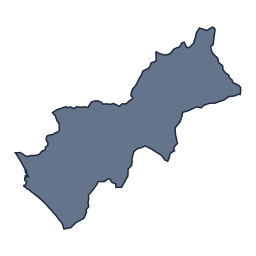 the district of Sanaga-Maritime, Littoral, Cameroon
{"feature_id": "32672807B95558278906476", "entity_name": "Sanaga-Maritime", "entity_type": "district", "adm_level": 2, "iso_a3": "CMR", "parent_name": "Cameroon", "parent_adm1": "Littoral", "projection": "albers", "projection_center": [10.208, 3.947], "detail": "fine", "context": "isolated", "style": "filled", "palette": "slate", "viewbox_px": 256, "rotation_deg": 0, "n_neighbors": 0, "source": "geoboundaries", "source_scale": "gbopen_adm2", "svg_char_len": 3070}
<svg xmlns="http://www.w3.org/2000/svg" viewBox="0 0 256 256"><path d="M240.6,91.7L240.6,87.3L238.4,85.1L234.4,83.4L232.7,82.2L232.2,80.2L230.4,78.5L229.3,77.4L228.7,75.3L225.5,72.8L223.0,69.8L222.7,65.8L220.9,64.4L218.6,62.5L217.9,58.7L216.7,57.1L214.5,55.3L211.7,51.6L210.8,47.8L210.9,46.3L213.1,44.6L214.3,35.1L215.1,30.0L214.4,28.1L212.2,27.1L206.8,30.5L203.6,29.3L199.3,28.0L196.2,33.3L195.6,36.7L193.5,43.5L188.9,47.7L186.3,47.2L185.3,44.4L184.1,42.1L181.7,43.1L179.4,47.1L177.3,47.7L176.7,47.8L173.9,49.1L170.3,53.6L165.1,55.2L159.2,53.5L158.6,53.2L156.2,51.8L155.9,52.8L156.1,56.6L156.1,61.0L151.0,63.0L150.5,65.0L148.7,68.1L143.0,71.0L141.2,75.4L139.2,78.4L138.8,79.1L138.1,80.9L135.4,86.0L133.9,87.5L132.6,88.8L131.4,92.6L131.0,95.7L132.8,97.8L131.8,99.5L130.0,100.3L126.1,103.8L121.9,103.9L119.4,106.3L117.9,105.6L113.2,103.4L111.0,104.3L106.2,103.9L102.7,104.0L100.9,101.9L97.3,100.8L94.6,101.0L91.3,102.1L88.8,105.9L88.4,107.2L87.3,107.5L85.5,106.8L80.7,107.2L76.7,106.7L74.4,108.2L73.3,108.3L70.7,107.0L69.0,107.4L67.6,107.7L66.0,106.7L60.5,108.5L58.9,109.0L57.2,109.6L55.6,110.5L54.4,111.3L52.5,112.5L53.8,114.5L55.4,115.6L55.8,117.4L56.3,118.8L56.9,120.7L58.1,122.0L59.2,124.5L59.2,127.4L59.4,130.1L58.2,131.7L56.7,132.4L54.9,133.1L53.3,134.3L48.7,135.2L46.8,136.3L46.1,138.4L46.6,141.0L47.4,142.0L48.0,143.5L47.9,144.8L47.2,145.8L46.5,146.5L45.5,147.2L45.4,148.8L44.9,149.9L44.0,150.5L42.4,150.7L41.0,152.1L39.4,154.2L36.7,155.3L30.5,155.6L28.0,156.5L25.3,155.9L22.4,153.9L20.4,152.6L15.4,152.8L16.0,153.6L18.3,157.4L21.7,163.0L25.1,169.3L25.6,172.7L25.9,173.0L26.0,172.2L26.0,171.8L25.9,170.6L26.2,170.3L26.4,170.9L26.4,173.3L27.4,175.2L26.6,175.3L26.7,176.0L28.3,176.1L28.7,176.4L28.6,176.8L27.1,176.7L26.4,176.5L25.7,177.3L25.5,175.5L25.4,175.5L24.9,178.2L24.7,179.6L24.9,180.5L25.8,180.8L26.3,181.4L26.6,182.1L26.1,182.6L25.9,184.0L24.6,186.0L24.3,185.3L24.1,185.2L23.8,185.7L23.8,186.2L24.0,186.5L24.8,186.9L25.0,186.7L26.3,188.1L27.3,188.9L28.1,189.0L32.3,192.5L34.3,193.9L36.1,195.6L36.8,196.1L37.3,196.0L39.1,198.0L40.7,199.2L40.8,199.3L46.0,204.2L48.9,207.7L51.4,210.2L53.4,212.7L53.6,212.9L56.1,215.6L57.9,218.0L58.6,219.3L60.0,220.6L62.1,223.4L63.2,226.2L63.6,228.3L63.9,228.9L64.9,228.8L70.8,227.7L75.7,222.9L76.1,222.5L83.9,218.3L86.5,212.2L86.1,209.6L88.7,206.8L88.1,202.6L88.7,198.6L88.4,195.3L93.2,189.5L95.9,185.8L96.6,184.8L98.1,181.6L104.4,181.6L108.6,178.6L110.2,179.6L111.6,182.2L115.7,184.0L116.0,187.5L121.7,187.2L127.9,176.0L128.1,169.1L131.6,165.5L132.1,161.7L131.9,158.8L132.6,156.2L133.8,151.8L135.0,150.7L137.4,148.6L141.0,147.8L145.2,145.9L145.7,146.2L151.0,148.8L155.5,151.6L161.5,155.4L164.9,160.0L167.7,161.2L169.3,157.6L170.1,153.4L173.8,151.2L174.6,150.8L173.5,148.8L175.2,145.7L177.4,143.5L175.5,134.5L175.1,127.8L178.5,123.7L180.2,121.6L180.8,119.7L182.0,116.1L182.6,112.3L188.4,110.7L196.3,106.9L201.3,107.8L203.6,105.4L209.7,103.2L214.9,103.2L220.3,101.2L224.1,100.0L225.1,99.2L226.4,98.2L229.2,96.5L230.3,96.4L234.6,95.9L238.6,94.3L240.2,94.5L240.6,91.7Z" fill="#64748b" stroke="#1e293b" stroke-width="1.5"/></svg>